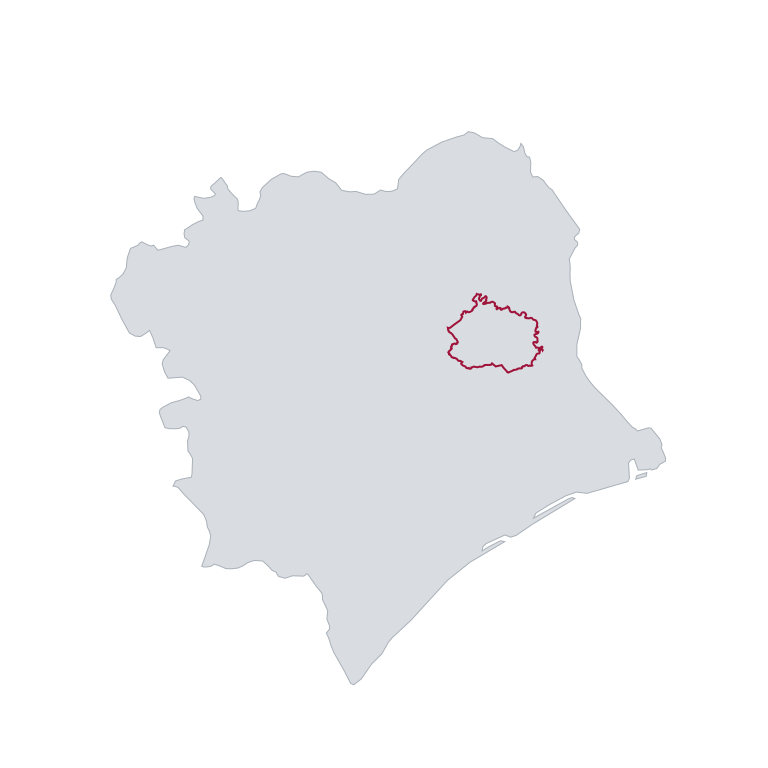 location of Iffou, N'zi-Comoé, Ivory Coast, rotated 334°
{"feature_id": "98640826B12556457947993", "entity_name": "Iffou", "entity_type": "district", "adm_level": 2, "iso_a3": "CIV", "parent_name": "Ivory Coast", "parent_adm1": "N'zi-Comoé", "projection": "mercator", "projection_center": [-4.013, 7.499], "detail": "fine", "context": "in_parent", "style": "outline", "palette": "rose", "viewbox_px": 768, "rotation_deg": 334, "n_neighbors": 0, "source": "geoboundaries", "source_scale": "gbopen_adm2", "svg_char_len": 9637}
<svg xmlns="http://www.w3.org/2000/svg" viewBox="0 0 768 768"><g transform="rotate(334 384 384)"><path d="M189.3,172.6L191.6,172.5L197.8,170.7L203.4,166.5L208.6,158.0L215.6,151.0L223.5,151.5L225.9,150.3L228.6,150.0L232.0,154.6L235.3,158.0L237.7,158.1L239.4,164.7L253.9,167.4L260.1,169.2L265.3,174.0L267.1,174.1L269.3,173.1L271.0,171.4L271.3,169.6L269.1,165.3L270.1,161.4L272.4,158.0L276.1,157.7L281.8,156.8L288.2,156.7L293.0,157.4L294.9,153.9L293.1,144.2L293.5,138.8L294.3,134.3L296.1,132.4L303.3,138.1L309.8,140.2L314.5,140.3L315.8,139.2L313.8,133.0L314.4,131.2L316.1,130.1L319.2,129.5L327.5,126.9L328.4,127.4L330.0,137.2L329.2,140.4L331.0,147.1L333.2,153.2L333.0,155.7L331.2,159.6L329.1,163.1L329.3,164.5L332.7,166.9L339.0,169.4L345.6,169.9L349.3,166.3L353.1,163.4L355.8,160.8L356.7,156.9L360.9,154.1L372.8,150.6L383.8,150.0L386.5,151.1L391.5,156.5L397.8,160.3L407.4,159.8L414.3,162.0L420.4,166.1L424.4,175.3L428.8,182.0L430.8,191.4L437.7,196.4L443.2,198.6L450.6,205.5L458.3,209.0L466.2,208.2L469.9,211.8L475.8,214.3L481.7,214.5L486.9,206.6L493.8,203.5L511.2,197.1L518.1,194.3L525.0,192.5L541.8,191.9L557.4,193.8L565.1,195.3L570.4,194.2L575.4,198.0L580.6,205.9L584.8,208.4L589.2,211.1L592.4,217.3L596.2,223.5L598.2,226.2L602.9,232.3L606.9,232.4L610.8,229.8L612.6,227.8L613.3,231.8L611.8,238.4L612.1,242.4L614.3,243.9L613.1,249.1L608.5,257.9L608.5,263.2L613.0,264.8L616.3,270.3L618.2,279.8L620.2,283.0L620.4,284.9L623.7,307.8L627.7,330.8L625.1,333.8L621.6,334.7L619.3,335.7L618.6,337.9L620.1,341.0L619.1,343.9L614.7,345.9L605.0,353.1L604.4,356.0L601.8,362.3L599.7,366.0L596.5,373.1L591.5,391.7L589.6,407.0L589.4,411.8L587.4,415.1L585.2,419.9L574.7,433.0L569.4,443.8L570.1,448.5L570.3,453.2L568.7,456.6L569.0,465.7L570.3,473.3L572.2,480.7L579.8,501.9L583.7,514.7L586.2,525.0L588.4,531.9L590.4,534.8L591.3,537.4L602.5,539.3L604.7,540.9L607.8,554.3L607.3,560.4L605.1,562.7L605.1,567.9L604.6,574.2L603.0,576.8L596.7,577.1L592.4,579.5L586.7,578.6L586.2,577.0L583.1,576.4L574.7,572.8L576.1,561.1L572.3,560.6L569.2,562.1L563.3,576.2L560.4,578.6L518.6,571.3L509.6,565.5L498.7,564.2L479.7,564.9L464.1,566.6L459.6,570.1L499.1,568.1L503.3,568.5L505.3,570.6L455.4,575.2L436.4,578.0L430.7,577.2L426.5,572.7L405.8,572.2L401.5,573.6L399.0,577.0L407.1,576.2L420.0,576.0L423.4,578.6L383.2,581.9L355.3,588.2L343.5,592.8L304.6,608.2L280.8,615.4L274.6,618.1L263.8,625.6L250.0,630.3L234.4,639.1L224.9,641.1L222.8,638.3L222.5,623.4L221.2,603.4L221.7,595.7L222.9,588.5L223.0,582.6L227.7,580.4L229.0,577.8L229.7,570.1L234.1,563.0L234.2,550.7L235.5,548.1L236.5,544.9L234.6,536.8L232.1,521.5L230.9,520.5L229.9,521.2L227.4,521.4L217.6,516.2L210.1,515.3L204.8,510.7L204.4,505.6L201.8,502.6L200.1,496.7L197.4,489.9L190.0,485.7L183.0,484.8L178.0,485.6L172.2,485.4L165.6,483.1L160.9,480.5L156.6,475.5L152.5,471.5L149.3,472.0L145.4,471.1L141.5,469.3L140.3,467.9L156.4,452.0L161.9,444.3L162.5,439.5L162.6,434.7L164.3,429.8L164.8,422.3L155.8,395.1L153.6,386.7L151.2,384.2L149.6,383.3L154.1,379.8L160.4,380.7L170.0,383.4L172.0,380.7L179.3,367.0L179.1,361.8L178.4,358.3L182.6,348.9L186.0,345.2L187.7,341.3L187.2,335.9L184.6,333.9L181.3,334.3L177.3,333.0L171.2,329.9L168.0,327.2L169.0,314.7L169.6,310.8L171.7,308.6L175.1,308.0L184.6,307.6L192.3,309.1L199.0,309.9L202.6,309.9L205.5,313.6L209.4,317.3L212.8,317.3L214.0,314.5L213.2,302.2L210.9,295.7L205.8,289.4L192.4,284.1L192.1,276.6L193.5,268.4L196.3,265.4L206.3,260.3L204.5,257.5L201.4,254.5L195.1,251.5L196.5,241.8L196.8,233.1L191.5,234.1L186.0,234.6L181.4,231.9L177.6,226.7L176.8,212.1L176.9,195.4L176.1,187.9L177.6,184.0L182.3,180.3L187.4,175.6L189.3,172.6ZM581.3,578.8L579.1,581.9L568.5,579.9L571.1,577.2L581.3,578.8Z" fill="#d9dde1" stroke="#a8b0b8" stroke-width="1"/><path d="M456.6,389.5L456.9,389.8L457.7,390.4L457.7,390.9L457.9,391.0L458.2,391.3L459.0,391.5L459.6,392.4L460.3,393.0L460.6,393.9L460.8,395.3L461.0,395.7L461.3,395.8L461.6,395.9L462.2,396.6L462.9,396.8L463.3,397.3L463.5,398.0L464.0,398.6L463.7,398.7L463.2,399.0L462.8,399.0L462.4,399.4L462.2,399.8L462.4,400.3L462.7,400.9L462.9,401.8L463.3,402.3L464.6,403.7L465.1,405.0L465.0,405.5L465.4,406.1L465.8,406.4L466.8,406.6L466.9,407.1L467.4,407.3L467.6,407.3L467.7,407.8L468.5,408.2L468.9,408.2L469.2,408.0L469.5,407.9L469.8,407.5L470.0,407.7L471.2,407.7L471.8,407.6L472.7,407.9L473.2,408.4L475.3,409.9L476.3,410.1L477.0,410.2L477.3,410.3L477.8,410.3L478.4,410.9L480.2,411.5L480.4,411.5L481.0,411.4L481.7,411.5L482.2,411.1L482.7,411.0L487.6,413.3L488.0,413.5L488.3,413.5L488.7,413.6L488.9,413.6L489.5,413.1L490.1,412.8L492.1,417.2L498.0,418.6L498.2,419.0L498.1,419.6L498.4,420.4L498.4,421.2L499.8,426.0L500.0,426.6L500.0,427.3L500.5,427.5L500.7,428.2L506.0,428.4L506.3,428.2L506.7,428.2L507.3,428.5L508.1,428.7L509.0,429.0L509.8,429.2L510.2,429.1L510.4,428.9L510.6,428.8L511.2,428.9L512.0,429.3L512.5,429.3L513.0,429.4L513.7,430.0L514.7,430.3L515.2,430.0L515.4,429.3L516.7,428.9L517.0,429.0L517.5,429.5L517.9,429.6L518.5,429.5L518.8,429.3L519.9,429.2L520.4,429.4L521.0,429.8L521.4,430.9L521.7,431.2L522.9,431.2L523.6,431.9L524.0,432.1L524.7,432.2L525.0,432.4L525.4,432.4L525.3,431.3L525.7,430.3L526.5,429.0L527.5,428.2L529.5,427.6L530.0,427.7L530.8,428.1L530.9,427.7L530.7,426.7L530.9,426.5L533.1,425.1L534.0,424.2L534.4,424.0L535.2,424.0L536.3,424.3L536.8,424.6L537.2,424.5L537.7,424.0L538.1,423.1L538.5,422.8L538.3,422.2L537.8,421.8L537.8,421.6L537.8,421.4L538.1,421.0L538.2,420.9L538.5,421.0L539.1,421.5L539.8,421.8L540.4,421.9L540.8,422.1L541.3,422.8L541.3,423.3L541.6,423.1L541.2,421.8L541.2,421.7L542.0,420.6L542.6,420.2L542.6,419.9L542.3,419.6L541.5,419.7L541.3,419.7L541.2,420.1L540.9,420.2L540.3,420.0L540.0,419.8L539.5,419.8L539.1,419.6L537.7,418.4L537.2,418.3L536.8,417.9L536.6,417.9L536.6,416.6L535.9,414.3L536.1,412.7L536.3,412.3L536.5,412.1L537.1,412.0L537.8,412.5L538.4,412.6L538.8,412.7L539.0,412.9L539.0,413.6L539.3,413.8L540.4,413.4L540.8,413.0L541.3,411.4L541.6,411.0L541.9,409.9L541.5,408.7L540.8,408.1L540.6,407.7L540.5,406.9L540.6,406.0L540.9,405.6L541.7,405.5L542.7,405.8L544.2,405.9L545.0,405.7L545.5,405.2L545.7,404.9L545.7,404.7L544.9,404.6L544.3,404.2L543.6,403.9L543.4,403.8L543.2,403.1L543.2,402.8L544.2,401.5L545.3,400.4L545.5,400.6L546.1,400.1L546.3,400.0L546.7,400.0L546.7,399.8L547.0,399.8L547.1,399.3L546.9,398.7L547.7,397.5L548.1,397.2L548.3,396.9L548.6,395.4L548.6,394.9L548.4,393.5L547.6,392.5L546.8,392.0L546.3,391.4L546.1,390.8L546.1,390.5L546.0,390.0L545.5,389.2L545.0,388.9L543.7,388.7L542.5,388.3L542.1,388.0L541.5,387.3L541.0,387.1L540.8,387.2L540.1,386.4L540.1,386.0L540.3,385.3L540.8,385.2L541.5,384.7L542.0,384.2L542.3,383.7L541.9,382.7L541.9,381.9L541.6,381.3L540.2,380.4L539.4,380.4L539.0,380.5L538.4,380.8L537.5,381.7L537.3,381.8L536.5,382.0L536.1,381.9L535.3,381.1L535.2,380.4L534.9,379.7L533.6,378.0L533.5,377.7L533.6,377.1L533.5,376.7L532.8,376.2L532.4,376.0L531.9,376.1L531.5,376.1L531.0,375.7L530.1,375.3L530.0,375.0L529.6,374.8L529.4,373.9L529.3,372.6L529.6,371.7L529.6,371.3L529.5,371.0L529.9,370.3L529.4,369.1L529.2,368.9L529.0,368.6L528.6,369.2L528.2,369.3L527.7,369.3L527.2,368.8L526.1,368.9L525.6,369.1L524.2,368.5L523.6,368.5L522.8,368.8L522.3,368.8L521.9,368.7L521.5,368.0L521.5,367.7L521.8,367.4L522.0,367.0L522.0,366.7L521.9,366.6L520.8,366.1L520.3,366.0L519.8,366.0L518.8,366.3L518.5,366.3L518.1,366.2L518.1,365.7L518.5,365.4L518.9,364.8L519.2,364.7L519.3,364.3L519.6,364.0L519.4,363.7L518.2,363.0L517.9,362.6L518.2,361.5L518.8,360.9L519.1,360.3L518.9,359.3L518.3,358.7L517.8,357.9L517.5,357.6L516.7,357.3L515.6,357.3L515.3,357.5L514.7,357.4L513.5,356.9L512.9,356.4L510.7,356.4L509.8,356.2L509.3,355.9L508.7,355.9L508.4,355.7L508.3,355.4L508.4,355.1L508.8,354.8L509.6,354.8L510.3,354.5L510.9,354.5L511.9,354.2L512.5,353.8L512.6,353.5L512.5,353.1L513.2,352.5L514.0,351.6L514.3,351.0L514.1,350.3L514.1,349.9L514.0,349.7L513.5,349.6L512.0,350.2L510.8,350.4L510.1,350.2L509.4,350.3L508.8,350.8L507.8,351.7L507.5,351.8L507.2,351.6L507.0,351.4L506.6,349.5L506.9,348.6L507.2,348.3L507.8,348.1L508.7,346.9L510.1,346.7L510.3,346.3L510.4,345.9L510.0,345.7L509.3,345.7L508.8,345.5L507.6,344.4L507.1,344.2L506.8,343.8L506.6,344.1L505.4,345.0L504.8,345.2L503.6,345.5L502.8,345.9L502.2,346.4L501.0,347.0L500.5,347.5L500.6,348.0L502.1,349.8L502.6,349.9L503.1,350.1L503.0,350.4L502.9,351.1L502.6,351.5L502.5,351.8L502.5,352.5L502.4,353.0L501.7,354.0L501.1,354.3L500.5,354.3L500.0,354.5L499.4,354.2L499.0,354.2L498.6,354.8L497.6,354.9L497.1,355.4L496.1,355.7L496.1,356.3L495.7,356.6L494.8,356.8L492.9,356.9L492.0,356.8L491.7,356.7L491.2,356.3L490.8,355.5L490.4,355.3L489.0,355.8L489.2,354.6L489.1,354.3L488.9,354.1L488.5,354.1L488.0,353.8L487.7,353.9L487.1,353.8L486.6,354.6L486.0,355.1L485.8,355.6L485.5,355.7L484.9,355.4L484.4,355.6L483.7,355.8L483.9,357.3L483.8,357.9L483.0,358.2L482.9,358.5L480.6,360.1L472.4,361.5L468.0,362.5L467.5,362.2L467.2,362.2L466.5,362.0L466.0,361.5L465.9,361.9L466.0,362.0L465.4,363.2L465.3,363.4L465.6,363.9L465.2,364.9L465.4,365.5L465.4,365.9L465.8,366.7L466.2,366.9L466.6,367.6L466.7,368.2L467.2,369.2L467.3,370.0L467.5,371.0L467.4,371.4L467.6,372.0L467.8,373.4L467.7,374.0L467.8,374.2L468.4,374.8L468.5,375.3L468.7,375.5L468.7,378.8L468.4,379.1L467.7,379.1L467.0,379.8L466.8,379.7L466.4,379.7L465.9,379.6L465.6,378.8L465.3,378.6L464.2,378.4L463.6,378.5L462.9,378.2L462.8,378.3L462.5,378.4L462.4,378.8L462.1,378.9L462.0,379.3L461.6,379.3L461.0,379.9L460.7,379.9L460.6,380.8L460.3,380.9L460.3,381.0L460.4,381.5L459.8,381.6L459.9,382.1L459.0,382.5L458.8,382.5L458.1,382.7L457.5,383.0L456.8,383.0L456.2,383.3L455.6,383.9L455.7,384.3L456.0,384.7L455.6,385.5L456.1,385.6L456.1,386.2L455.9,386.7L456.5,387.6L456.6,389.5Z" fill="none" stroke="#9f1239" stroke-width="2"/></g></svg>